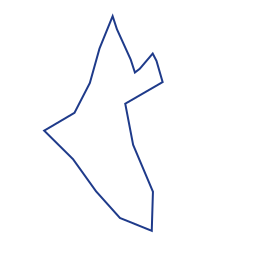 outline of Carriacou and Petite Martinique, rotated 133°
{"feature_id": "GRD-5069", "entity_name": "Carriacou and Petite Martinique", "entity_type": "Dependency", "adm_level": 1, "iso_a3": "GRD", "parent_name": "Grenada", "parent_adm1": "", "projection": "orthographic", "projection_center": [-61.462, 12.485], "detail": "fine", "context": "isolated", "style": "outline", "palette": "blue", "viewbox_px": 256, "rotation_deg": 133, "n_neighbors": 0, "source": "natural_earth", "source_scale": "10m", "svg_char_len": 394}
<svg xmlns="http://www.w3.org/2000/svg" viewBox="0 0 256 256"><g transform="rotate(133 128 128)"><path d="M187.1,187.5L153.4,177.5L121.1,186.6L89.2,203.1L56.7,215.5L63.3,203.5L76.1,172.7L82.7,160.8L76.7,159.8L56.7,160.7L59.5,152.9L70.8,134.0L112.1,146.6L136.8,112.8L157.6,66.3L187.0,40.5L199.3,72.5L196.1,108.2L188.3,146.9L187.1,187.5Z" fill="none" stroke="#1e3a8a" stroke-width="2"/></g></svg>